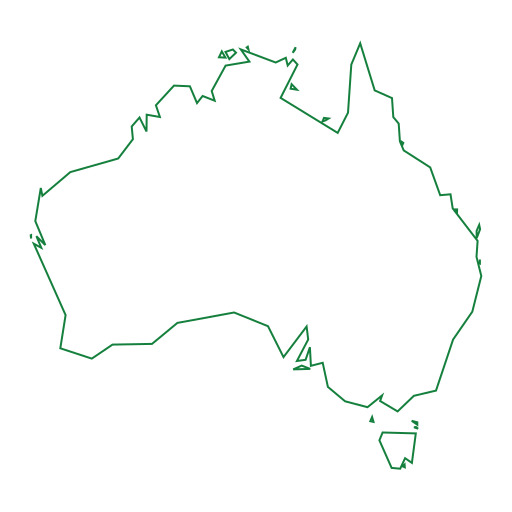 outline of Australia
{"feature_id": "AUS", "entity_name": "Australia", "entity_type": "country or territory", "adm_level": 0, "iso_a3": "AUS", "parent_name": "Oceania", "parent_adm1": "", "projection": "robinson", "projection_center": [137.073, -32.4], "detail": "medium", "context": "isolated", "style": "outline", "palette": "green", "viewbox_px": 512, "rotation_deg": 0, "n_neighbors": 0, "source": "natural_earth", "source_scale": "50m", "svg_char_len": 1890}
<svg xmlns="http://www.w3.org/2000/svg" viewBox="0 0 512 512"><path d="M360.2,43.3L374.7,90.4L392.0,98.1L393.3,117.1L398.7,123.6L399.9,141.3L403.7,150.4L430.2,167.4L440.2,195.2L450.5,194.3L452.7,208.4L477.6,240.9L476.5,256.8L481.3,276.0L472.3,311.7L453.1,339.5L436.0,390.6L413.9,395.8L397.6,411.4L380.1,401.0L382.1,395.4L367.5,407.2L345.1,401.3L327.9,386.9L322.7,362.8L310.9,365.8L309.9,347.2L305.6,359.8L296.9,361.0L308.2,339.5L306.6,326.5L283.5,357.1L268.0,326.2L234.1,312.5L177.4,322.9L152.0,343.9L112.5,344.6L91.8,358.6L60.3,348.3L65.6,315.1L33.8,243.7L41.3,247.8L36.4,236.2L45.3,245.1L35.3,221.1L40.8,188.0L42.4,195.8L70.3,172.1L118.2,158.5L132.9,139.2L131.7,126.5L139.5,117.5L146.5,131.5L146.7,114.7L159.9,117.0L155.9,105.3L174.0,85.6L189.9,86.3L197.0,103.1L202.6,96.0L214.7,100.7L211.7,91.0L225.6,65.6L249.4,61.6L240.8,49.4L275.7,62.5L285.8,57.8L287.7,65.5L292.9,59.5L297.5,64.5L280.6,97.9L337.7,132.9L348.0,112.7L351.3,64.6L360.2,43.3ZM382.6,432.5L415.8,433.4L411.9,462.9L405.1,458.2L400.2,468.7L391.6,467.9L379.4,440.3L382.6,432.5ZM225.5,51.9L232.9,49.5L236.0,52.7L229.3,59.1L225.5,51.9ZM301.7,365.6L310.2,368.9L293.2,369.4L301.7,365.6ZM291.6,84.2L296.9,89.7L290.6,88.7L291.6,84.2ZM476.7,238.1L476.6,230.9L479.2,224.9L480.1,229.2L476.7,238.1ZM411.7,420.8L417.3,422.3L417.3,424.7L411.7,420.8ZM221.8,51.4L225.4,57.6L219.0,57.3L221.8,51.4ZM373.5,421.9L370.3,421.2L372.1,417.0L373.5,421.9ZM328.6,118.5L325.5,120.4L322.5,121.4L324.0,117.9L328.6,118.5ZM31.1,235.1L31.1,238.5L30.7,235.3L31.1,235.1ZM416.0,427.0L418.1,428.7L414.0,427.3L416.0,427.0ZM454.8,209.4L457.1,209.4L457.0,212.5L454.8,209.4ZM400.6,141.0L403.3,142.9L402.8,144.0L400.6,141.0ZM404.6,464.5L404.8,467.3L402.7,466.4L404.6,464.5ZM479.9,259.5L479.9,263.5L479.7,263.4L479.9,259.5ZM248.4,49.3L246.7,47.5L247.8,46.7L248.4,49.3ZM295.1,49.6L292.7,52.8L295.6,47.2L295.1,49.6Z" fill="none" stroke="#15803d" stroke-width="2"/></svg>